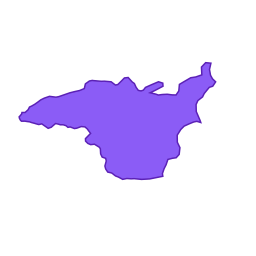 Kiti, Larnaca, Cyprus (Mercator projection), rotated 71°
{"feature_id": "46923920B16872533140299", "entity_name": "Kiti", "entity_type": "district", "adm_level": 2, "iso_a3": "CYP", "parent_name": "Cyprus", "parent_adm1": "Larnaca", "projection": "mercator", "projection_center": [33.572, 34.846], "detail": "fine", "context": "isolated", "style": "filled", "palette": "violet", "viewbox_px": 256, "rotation_deg": 71, "n_neighbors": 0, "source": "geoboundaries", "source_scale": "gbopen_adm2", "svg_char_len": 1802}
<svg xmlns="http://www.w3.org/2000/svg" viewBox="0 0 256 256"><g transform="rotate(71 128 128)"><path d="M93.7,28.5L91.5,33.3L94.3,38.7L101.8,40.9L101.8,47.4L100.9,52.3L102.4,59.9L103.5,65.2L109.5,67.9L112.4,71.8L111.1,75.4L108.9,79.8L107.5,84.6L106.7,88.6L105.0,90.7L101.9,95.6L101.3,90.5L99.9,81.3L96.9,80.5L94.2,84.1L94.7,91.4L95.3,98.3L97.2,101.1L97.2,103.6L95.8,106.0L92.2,107.1L88.0,107.5L85.9,109.0L80.3,111.4L79.5,115.1L81.3,118.7L83.6,123.5L83.3,125.9L78.8,128.9L76.0,135.2L75.2,137.9L71.6,146.0L71.4,146.2L71.0,149.2L72.4,153.9L76.5,156.5L76.8,161.6L76.2,166.7L75.8,171.4L75.8,176.1L75.8,183.3L75.4,186.1L72.5,191.9L72.5,197.4L73.0,201.3L74.2,205.0L75.2,208.4L75.9,212.1L76.1,214.3L78.2,216.5L79.8,220.2L78.8,223.2L80.1,224.0L81.6,226.5L82.0,227.3L83.7,227.5L85.9,227.1L86.3,226.8L86.9,226.5L87.9,223.4L89.3,220.8L90.1,219.1L91.4,217.5L93.2,214.8L94.3,213.3L95.7,211.2L96.0,208.2L99.3,205.8L102.3,203.6L102.3,200.3L101.1,197.4L100.2,195.0L101.8,192.4L102.9,191.0L103.8,188.3L105.7,185.8L107.8,184.6L108.2,182.3L111.1,178.8L111.5,176.4L111.4,171.8L112.9,168.4L115.6,166.8L117.7,166.2L120.9,165.1L124.2,171.7L126.6,172.4L129.5,171.0L131.6,168.7L132.4,165.0L136.8,161.4L138.6,160.9L143.6,162.3L147.1,161.9L149.4,159.0L152.1,159.3L156.4,162.2L157.5,162.3L158.7,162.4L159.7,162.4L163.1,161.5L165.2,158.1L169.3,155.4L171.2,153.1L174.8,149.8L175.4,145.5L177.1,141.5L177.9,138.7L181.0,131.9L183.2,124.1L185.0,110.8L182.3,110.3L178.2,107.1L175.2,104.0L170.7,100.5L171.1,95.9L171.8,92.1L169.6,88.2L163.5,85.3L157.5,86.0L150.8,83.8L146.6,78.6L144.5,74.3L144.0,69.1L143.7,64.0L144.1,60.8L146.5,57.4L144.2,57.4L134.7,58.1L128.0,56.0L124.8,53.0L122.9,47.4L120.2,44.7L116.0,37.9L116.1,34.3L112.9,30.1L109.0,32.1L105.0,32.8L99.2,31.9L93.7,28.5Z" fill="#8b5cf6" stroke="#5b21b6" stroke-width="1.5"/></g></svg>